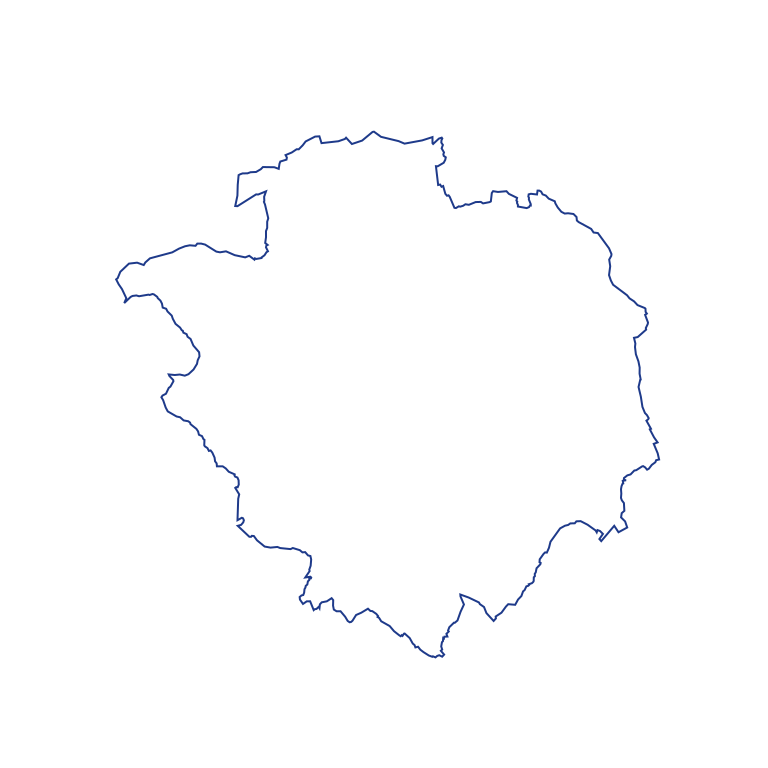 Savadisla, Cluj, Romania (orthographic projection), rotated 14°
{"feature_id": "2599482B70181130715167", "entity_name": "Savadisla", "entity_type": "district", "adm_level": 2, "iso_a3": "ROU", "parent_name": "Romania", "parent_adm1": "Cluj", "projection": "orthographic", "projection_center": [23.427, 46.664], "detail": "fine", "context": "isolated", "style": "outline", "palette": "blue", "viewbox_px": 768, "rotation_deg": 14, "n_neighbors": 0, "source": "geoboundaries", "source_scale": "gbopen_adm2", "svg_char_len": 6140}
<svg xmlns="http://www.w3.org/2000/svg" viewBox="0 0 768 768"><g transform="rotate(14 384 384)"><path d="M112.4,368.3L117.1,360.8L118.7,359.4L122.3,358.0L125.1,358.1L133.8,354.3L135.1,354.3L137.6,352.7L139.0,352.7L142.9,354.3L143.7,355.4L146.9,357.2L149.1,359.7L150.8,363.4L154.4,363.7L156.4,366.0L161.5,369.0L163.3,371.8L167.2,376.1L172.5,378.6L174.8,380.8L175.9,381.0L176.9,382.7L180.4,383.4L182.0,385.7L185.4,387.1L189.7,392.8L196.9,397.9L198.3,401.8L197.5,406.1L197.7,409.7L195.7,416.0L191.9,421.8L188.7,424.1L183.6,424.2L178.8,425.9L172.8,426.8L173.9,428.2L178.5,431.1L179.0,432.3L177.4,438.2L176.1,439.8L174.8,446.2L171.9,448.8L171.2,450.7L173.6,453.1L177.9,459.7L180.8,462.9L190.6,465.7L194.2,465.6L198.4,467.8L203.1,467.5L205.2,468.4L206.0,469.8L212.8,472.9L215.1,475.0L216.7,478.0L220.0,478.6L222.2,481.2L223.3,481.6L224.4,486.9L225.2,487.8L228.2,488.9L230.3,491.3L231.8,490.4L234.0,492.1L237.4,496.4L238.8,499.9L240.8,501.5L241.8,504.3L247.4,502.9L250.9,504.2L254.6,506.7L261.0,507.8L261.0,508.9L262.0,509.9L264.4,510.2L266.2,512.6L267.4,516.7L267.0,519.6L265.6,519.8L264.8,520.8L270.2,526.1L270.3,530.6L274.8,551.6L278.4,548.2L279.7,548.4L281.0,550.1L280.9,552.3L279.4,555.3L276.4,557.0L290.3,564.8L292.0,564.4L292.5,563.3L294.5,563.0L298.6,566.4L307.5,570.6L313.5,570.2L320.0,567.9L323.0,568.3L333.3,566.8L335.2,565.2L342.5,565.6L345.6,567.1L348.2,566.2L351.7,568.7L354.2,568.7L355.8,571.9L356.8,578.1L356.4,582.2L357.1,583.5L354.4,590.8L359.2,588.8L360.2,589.4L360.1,590.3L358.6,591.1L358.9,592.3L357.9,593.9L358.1,597.1L356.9,598.8L357.0,600.6L356.5,602.3L357.0,605.8L356.7,608.3L355.1,609.1L353.7,611.1L354.6,613.5L358.6,617.0L361.6,613.6L364.9,612.7L370.5,620.4L371.2,619.3L372.9,618.6L374.6,615.9L375.6,617.0L375.1,613.3L376.4,610.9L381.1,608.7L385.0,604.5L387.0,606.0L388.2,611.4L389.9,615.0L393.0,616.0L396.8,615.0L402.6,619.2L406.1,622.7L408.3,623.5L409.7,622.8L410.7,621.3L412.8,614.9L417.3,611.4L422.8,605.9L425.7,607.5L427.6,607.2L432.1,608.9L434.4,610.6L434.1,611.6L435.8,612.1L438.7,614.9L448.1,617.5L453.5,621.4L459.5,624.1L461.2,624.7L462.0,623.4L462.9,623.9L463.8,621.4L464.4,621.1L470.4,624.3L474.7,628.9L476.8,629.9L478.2,632.0L480.6,630.7L483.5,633.0L487.2,634.6L493.2,636.6L496.9,637.0L497.3,636.4L500.1,636.8L501.4,635.0L503.2,633.8L506.4,634.5L507.8,632.0L503.7,629.1L504.7,627.6L503.0,624.8L502.7,620.5L503.4,619.3L502.9,616.2L503.7,616.5L503.7,614.6L506.6,613.7L505.0,611.3L506.7,608.5L505.8,607.7L506.2,604.2L509.6,598.7L510.4,598.6L512.5,595.7L513.4,586.4L514.9,578.6L509.6,571.6L509.0,569.8L517.8,570.7L529.0,573.0L530.3,574.4L535.0,576.2L538.8,581.5L547.7,587.4L549.3,584.4L548.6,582.6L553.3,577.5L556.2,570.4L557.8,567.6L564.7,566.5L566.2,560.7L568.6,556.5L569.1,551.6L570.3,549.9L571.1,545.9L572.8,544.9L573.5,543.7L573.0,543.2L575.7,541.5L576.7,539.9L576.9,538.9L576.1,535.3L576.9,534.0L576.2,531.7L576.8,530.1L576.6,525.9L579.3,521.1L579.3,519.7L578.0,519.3L577.5,516.4L580.0,510.1L581.1,508.4L582.8,508.2L583.7,503.0L583.7,496.8L589.8,481.5L593.9,477.7L596.8,476.2L598.5,474.2L602.8,473.0L603.9,470.7L608.0,469.5L615.6,471.3L624.7,474.9L626.3,476.5L626.5,474.1L629.2,474.4L632.7,476.5L630.5,482.3L632.8,483.9L641.7,465.9L647.4,471.1L654.7,464.4L651.2,459.0L646.3,456.1L645.9,451.8L647.9,448.9L645.6,441.5L642.9,439.3L641.5,437.2L640.8,433.0L639.4,428.7L639.2,425.6L639.6,423.0L640.2,422.6L639.1,420.2L642.2,418.8L639.9,419.0L639.6,417.2L642.2,413.8L645.1,412.1L647.8,407.4L649.6,406.6L654.4,401.5L655.3,401.0L657.5,401.7L660.0,403.5L661.5,402.1L663.4,397.7L666.2,394.3L666.5,392.1L669.2,390.7L666.3,385.0L660.2,376.8L663.6,374.5L658.9,370.4L652.9,363.7L653.9,362.9L647.5,356.1L648.9,354.3L649.1,353.1L646.7,350.6L644.2,349.0L640.3,343.7L636.3,334.2L631.7,325.3L631.6,317.9L632.0,317.6L629.5,312.2L628.1,306.2L625.4,300.5L621.2,294.2L618.6,287.4L618.1,283.9L615.4,278.7L618.8,277.1L625.2,267.8L624.5,266.4L625.4,262.0L625.3,260.5L620.6,253.7L622.0,252.1L620.4,250.7L619.5,247.7L618.7,247.2L610.9,246.1L606.6,243.3L601.5,241.5L598.4,239.1L582.3,232.3L579.1,228.7L576.0,223.9L575.0,215.0L572.4,208.8L573.5,204.7L573.3,202.9L569.5,197.9L555.0,185.8L550.7,186.3L547.5,183.4L533.7,179.8L531.6,178.7L530.4,175.4L526.7,173.2L521.3,173.8L518.1,174.9L514.4,174.0L509.9,170.7L506.6,167.3L505.5,165.4L499.0,164.3L495.4,162.0L492.0,161.6L489.9,159.3L487.9,158.8L486.2,159.2L486.6,163.1L480.5,163.9L478.5,165.0L478.7,167.2L479.6,168.2L479.9,169.9L482.9,174.0L483.2,175.2L482.6,175.2L481.9,177.3L479.9,178.8L471.0,179.4L470.6,177.8L469.2,176.1L469.2,174.8L468.1,174.0L468.1,171.2L459.2,169.3L456.2,167.3L448.1,170.1L443.2,170.5L442.4,172.6L443.5,181.0L442.4,182.0L436.4,184.8L433.9,183.9L428.9,185.3L423.0,189.6L419.5,189.9L417.7,191.9L415.0,193.5L413.6,193.5L411.2,195.9L409.7,196.0L402.5,186.5L401.0,185.3L399.6,186.1L397.5,184.6L393.5,177.6L392.1,178.7L390.2,176.9L388.4,177.8L381.7,160.1L383.4,159.8L388.4,154.9L389.2,151.7L389.1,149.1L386.8,148.2L386.0,146.7L386.2,144.8L382.9,141.4L383.3,137.8L381.2,135.9L380.8,133.6L381.2,131.7L380.4,131.0L377.9,132.6L373.6,139.2L372.8,138.6L371.3,132.7L362.1,138.4L345.8,145.8L339.4,144.8L321.3,144.9L313.2,141.6L311.9,142.2L303.9,153.1L294.8,158.9L287.6,154.2L286.8,155.7L281.0,159.5L265.1,165.4L261.4,159.3L257.3,160.6L249.3,167.6L247.4,172.0L244.5,176.9L242.4,177.4L238.5,181.7L233.1,185.7L235.0,187.8L235.1,189.9L229.6,193.2L229.3,195.5L229.8,200.7L225.2,200.2L214.0,202.8L212.5,205.4L208.6,209.2L203.3,210.8L200.6,212.6L195.8,213.9L193.7,215.3L192.4,216.5L193.9,226.2L196.2,236.7L196.6,247.3L198.8,246.9L214.0,231.0L216.2,230.5L222.9,225.6L222.4,231.3L223.6,235.4L223.4,236.3L225.1,238.6L231.6,251.2L231.4,254.8L232.9,260.8L232.5,264.2L234.0,270.1L234.6,275.9L237.4,277.2L236.4,278.0L236.4,279.9L239.3,283.3L238.1,284.5L236.9,288.0L234.6,290.8L234.7,291.4L229.7,293.6L228.4,293.3L228.2,294.7L222.2,292.2L218.7,294.7L208.0,295.1L198.6,293.5L193.0,295.9L189.3,296.1L176.7,292.0L172.5,292.0L168.9,292.9L167.7,295.5L162.0,296.4L157.6,298.5L152.4,302.2L146.7,307.5L126.5,318.7L123.0,323.8L122.1,326.7L115.1,326.0L107.4,328.9L101.0,338.9L100.0,345.7L98.8,347.3L102.5,351.5L106.8,355.3L113.2,363.1L112.4,368.3Z" fill="none" stroke="#1e3a8a" stroke-width="2"/></g></svg>